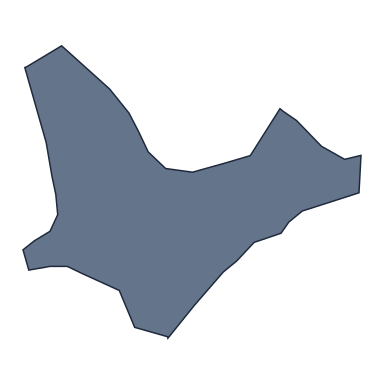 the district of Seongbuk-gu, Seoul, South Korea
{"feature_id": "91817680B19736947579274", "entity_name": "Seongbuk-gu", "entity_type": "district", "adm_level": 2, "iso_a3": "KOR", "parent_name": "South Korea", "parent_adm1": "Seoul", "projection": "robinson", "projection_center": [127.018, 37.597], "detail": "fine", "context": "isolated", "style": "filled", "palette": "slate", "viewbox_px": 384, "rotation_deg": 0, "n_neighbors": 0, "source": "geoboundaries", "source_scale": "gbopen_adm2", "svg_char_len": 604}
<svg xmlns="http://www.w3.org/2000/svg" viewBox="0 0 384 384"><path d="M26.3,67.0L24.8,67.5L46.2,142.6L51.9,175.9L55.8,194.4L57.7,214.7L50.0,231.3L34.6,240.6L23.0,249.8L28.8,270.1L50.0,266.4L67.3,266.4L82.7,273.8L119.3,290.5L134.7,327.4L167.5,336.7L167.9,338.2L194.4,305.3L223.3,272.0L236.8,260.9L254.1,242.4L281.1,233.2L288.8,222.1L302.3,211.0L359.0,192.8L361.0,155.4L344.6,159.3L321.5,146.3L296.5,120.5L283.0,111.2L280.0,108.7L250.3,155.6L225.3,163.0L192.5,172.2L165.6,168.5L148.2,151.9L138.6,131.6L129.0,113.1L109.7,89.1L61.6,45.8L26.3,67.0Z" fill="#64748b" stroke="#1e293b" stroke-width="1.5"/></svg>